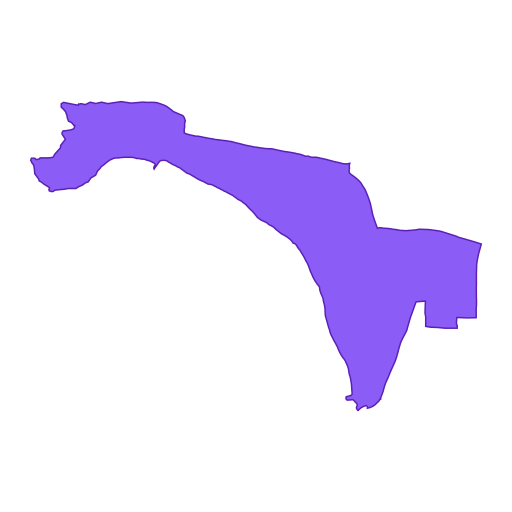 Pigeon Island, Gros Islet, Saint Lucia (Albers equal-area conic projection)
{"feature_id": "8701671B47246158509977", "entity_name": "Pigeon Island", "entity_type": "district", "adm_level": 2, "iso_a3": "LCA", "parent_name": "Saint Lucia", "parent_adm1": "Gros Islet", "projection": "albers", "projection_center": [-60.958, 14.089], "detail": "fine", "context": "isolated", "style": "filled", "palette": "violet", "viewbox_px": 512, "rotation_deg": 0, "n_neighbors": 0, "source": "geoboundaries", "source_scale": "gbopen_adm2", "svg_char_len": 6064}
<svg xmlns="http://www.w3.org/2000/svg" viewBox="0 0 512 512"><path d="M481.3,244.0L474.0,241.7L457.7,237.0L456.6,236.3L453.4,235.3L441.1,231.4L438.0,230.8L435.1,230.4L428.1,229.5L424.7,229.4L421.2,229.3L420.2,229.2L418.6,229.3L415.2,230.0L413.8,230.0L411.7,230.3L409.2,230.4L406.3,230.7L403.1,230.5L401.3,230.4L400.2,230.4L397.5,229.8L395.5,229.5L394.2,229.4L388.6,228.5L383.7,228.2L380.5,227.7L379.2,227.7L377.9,228.3L377.4,228.3L374.2,219.3L372.7,214.6L370.4,203.7L369.6,201.2L368.1,196.9L366.1,191.9L365.0,189.4L363.9,187.7L361.9,184.6L361.0,183.0L360.5,182.4L359.3,181.1L357.9,179.7L355.7,177.8L349.7,173.4L349.0,171.1L349.5,168.1L349.2,165.8L349.8,163.3L348.7,163.5L347.5,163.9L346.5,163.9L345.4,163.9L345.2,163.8L344.2,163.8L342.8,163.6L342.0,163.5L339.9,162.8L338.3,162.5L336.6,162.1L334.8,161.7L333.4,161.4L331.8,160.9L329.9,160.4L328.9,160.2L327.4,159.7L326.0,159.4L323.9,158.9L321.6,158.4L320.2,158.1L319.2,157.9L317.6,157.5L315.8,157.2L314.4,157.3L312.8,157.3L310.8,157.1L309.0,156.4L308.0,156.1L305.6,156.3L303.4,155.4L301.5,154.7L300.2,154.3L298.9,154.1L297.5,153.8L296.1,153.5L294.7,153.1L293.2,152.9L290.3,152.3L287.9,152.0L285.9,151.6L285.4,151.7L276.2,149.8L273.6,149.1L271.6,148.8L268.5,148.7L266.0,148.6L259.3,147.7L257.1,147.3L254.2,147.0L251.1,146.3L247.1,145.5L244.8,145.0L241.3,144.1L239.1,143.5L237.1,143.1L235.6,142.7L231.0,141.5L228.8,141.2L225.8,140.7L222.7,140.4L218.5,139.8L215.3,139.5L212.8,138.9L210.7,138.6L210.1,138.5L207.5,138.1L204.9,137.5L203.4,137.3L201.4,136.8L198.1,136.2L196.4,136.2L194.7,135.9L190.9,135.1L186.3,133.9L185.1,133.3L184.2,132.7L184.2,130.2L184.4,128.2L184.7,126.9L184.6,124.2L184.7,122.9L185.0,122.1L185.3,120.6L185.0,120.0L184.7,118.8L184.0,117.2L183.5,116.4L182.5,115.4L181.6,115.1L176.9,113.1L173.0,111.4L172.2,110.5L167.9,107.3L166.8,106.5L164.2,105.2L160.1,103.7L156.6,102.6L154.2,102.4L150.8,102.3L148.9,102.4L144.6,102.3L144.1,102.1L141.8,102.2L131.1,103.1L121.2,101.6L107.8,103.6L101.5,102.2L95.8,103.5L90.2,102.2L85.3,104.6L81.2,103.7L80.7,103.7L79.8,104.0L78.6,104.0L78.3,105.2L73.1,104.3L63.6,102.4L61.3,103.7L61.2,107.1L63.6,109.4L65.6,111.8L66.9,115.5L67.2,115.8L67.2,117.5L68.5,121.2L71.5,122.5L74.1,125.6L74.8,125.6L74.1,128.2L73.5,128.9L70.8,129.9L66.5,130.6L63.1,130.9L62.1,132.5L62.1,134.2L65.4,139.3L60.7,145.3L60.4,147.9L55.0,153.9L53.0,157.3L48.4,157.9L40.1,157.9L39.4,158.9L36.4,159.6L34.7,158.2L31.4,158.2L30.7,160.2L32.0,162.9L33.7,165.2L34.3,168.3L34.7,173.0L34.7,173.6L38.6,179.0L39.3,181.0L41.3,182.0L44.3,184.4L49.2,187.4L49.6,188.1L48.9,189.4L49.2,190.8L50.9,191.5L52.9,191.5L55.2,190.1L64.5,189.2L68.5,188.5L75.9,188.5L78.9,186.6L82.2,185.2L85.9,182.6L88.2,181.9L90.9,177.9L95.6,175.2L96.2,173.9L97.6,170.9L99.9,168.6L101.3,166.6L104.6,164.2L105.6,163.2L107.3,161.9L109.6,160.2L110.9,159.6L114.0,158.2L116.6,157.9L118.9,157.9L119.3,157.8L120.3,157.6L120.9,157.6L124.3,157.3L131.6,157.3L134.4,157.7L136.7,158.5L138.4,158.5L140.4,158.8L141.7,159.1L143.0,159.1L144.2,159.3L145.2,159.5L146.6,160.1L147.7,160.4L148.9,160.6L149.7,160.9L151.9,161.9L152.5,162.4L153.5,162.6L154.2,163.2L154.8,163.7L155.1,164.2L155.1,164.9L154.6,165.9L154.0,166.8L153.8,167.9L153.9,168.8L154.1,169.1L154.4,168.5L154.7,168.1L155.7,166.7L159.2,161.8L159.9,161.1L160.8,160.6L162.5,160.4L163.4,160.3L164.3,160.3L165.0,160.4L165.7,160.5L166.5,160.8L167.3,161.0L168.2,161.9L170.4,163.0L172.1,164.2L173.8,164.9L175.3,165.6L178.1,167.2L179.8,167.8L181.1,168.9L182.3,169.7L183.7,170.8L184.9,171.6L186.1,172.6L187.5,173.4L188.6,173.7L190.1,174.3L192.1,175.6L193.2,176.2L198.0,179.1L199.8,180.0L201.5,180.8L203.2,181.4L204.9,182.4L207.1,183.5L208.0,184.1L209.8,184.3L211.2,184.5L212.1,184.8L215.7,186.6L217.4,187.6L219.4,188.4L220.8,189.3L222.1,189.8L224.0,191.0L225.9,191.8L227.7,192.8L231.7,194.9L233.0,195.6L234.8,197.0L236.4,198.1L238.0,199.4L239.5,200.1L241.9,201.4L243.2,202.7L244.9,203.8L246.6,205.4L248.1,207.1L250.6,209.7L252.0,210.9L255.0,214.3L255.9,215.5L256.7,216.5L257.6,217.6L260.5,219.7L262.2,220.6L265.1,221.9L267.0,222.9L268.8,224.5L272.1,226.2L273.8,227.3L275.8,229.3L277.6,230.7L278.8,231.7L281.0,233.5L283.0,234.6L284.1,235.2L286.3,236.5L287.5,237.3L288.9,238.4L290.3,239.5L291.4,240.6L292.2,241.6L293.1,243.1L295.2,243.8L296.3,245.0L297.3,246.8L298.6,248.7L300.0,250.3L301.2,252.4L303.4,255.9L304.8,258.5L305.8,260.7L307.3,263.1L308.2,265.2L309.3,268.1L310.3,271.0L311.8,274.3L312.8,276.7L314.2,279.3L315.0,280.9L316.3,282.7L317.6,284.7L318.6,285.6L319.4,287.1L319.9,290.4L320.4,291.8L320.8,293.2L322.2,296.3L323.2,298.8L323.3,300.5L324.6,305.8L325.0,308.6L325.1,310.8L325.2,313.1L325.3,315.4L327.1,321.9L328.6,327.3L329.6,330.1L329.8,331.1L330.0,332.0L331.0,334.7L332.8,338.2L334.0,340.7L335.4,343.1L336.5,345.2L337.4,346.9L338.9,350.6L339.8,352.5L341.2,355.0L342.6,357.2L344.2,359.2L345.4,361.1L346.4,363.5L347.4,365.6L348.4,368.7L348.9,371.8L349.3,374.3L350.0,376.3L350.6,379.0L351.5,384.5L351.7,387.8L351.8,389.8L352.1,392.8L352.1,394.0L351.9,394.5L351.5,395.0L350.8,395.5L349.9,395.7L348.5,396.2L347.3,396.4L346.3,396.7L346.1,397.3L346.0,398.0L346.0,398.8L346.6,399.8L347.5,400.1L350.8,399.9L352.0,399.7L353.0,399.8L353.6,400.2L354.8,401.4L355.8,402.6L356.9,403.8L357.1,404.4L357.3,405.2L356.7,406.6L356.4,407.6L356.5,408.3L357.2,409.6L357.8,410.4L358.3,410.4L358.9,409.6L361.0,407.8L363.4,406.5L365.5,405.7L366.3,405.7L367.1,406.3L367.5,407.5L367.4,408.2L370.1,407.5L372.8,406.3L375.0,404.8L379.1,400.8L379.4,400.2L379.5,399.8L380.8,398.9L380.3,398.4L381.2,396.5L382.9,392.0L384.2,387.3L385.6,383.0L387.8,378.2L390.2,372.3L394.8,362.0L396.2,358.3L397.8,352.7L399.2,347.4L400.7,342.5L402.5,338.6L405.4,333.2L406.8,330.3L407.6,327.1L410.6,316.9L412.7,311.2L414.3,306.7L415.9,302.2L416.7,301.8L425.4,301.1L425.0,312.9L425.7,316.8L425.7,326.4L430.5,327.2L437.8,327.5L445.1,328.2L457.2,328.2L457.2,325.4L456.5,324.3L456.5,322.2L456.8,317.5L467.5,317.9L476.2,317.7L476.2,308.7L476.5,304.7L476.5,300.2L476.4,298.6L476.3,287.1L476.4,286.7L476.4,280.4L476.4,273.3L476.7,264.0L477.3,260.0L478.2,255.7L478.9,252.6L480.0,248.8L481.3,244.0Z" fill="#8b5cf6" stroke="#5b21b6" stroke-width="1.5"/></svg>